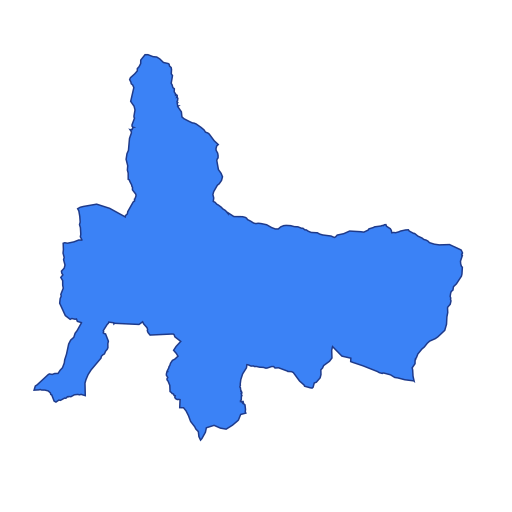 outline of Chirpar, Sibiu, Romania, rotated 276°
{"feature_id": "2599482B69447881154639", "entity_name": "Chirpar", "entity_type": "district", "adm_level": 2, "iso_a3": "ROU", "parent_name": "Romania", "parent_adm1": "Sibiu", "projection": "orthographic", "projection_center": [24.592, 45.895], "detail": "fine", "context": "isolated", "style": "filled", "palette": "blue", "viewbox_px": 512, "rotation_deg": 276, "n_neighbors": 0, "source": "geoboundaries", "source_scale": "gbopen_adm2", "svg_char_len": 6045}
<svg xmlns="http://www.w3.org/2000/svg" viewBox="0 0 512 512"><g transform="rotate(276 256 256)"><path d="M283.4,459.4L287.6,447.2L286.2,437.1L286.4,432.1L287.4,427.1L288.8,425.4L289.6,423.5L290.0,421.1L291.2,419.3L292.7,414.9L294.7,411.9L295.1,410.8L294.9,410.5L296.8,405.8L298.0,404.8L297.5,401.9L295.9,397.1L295.0,395.6L293.7,392.3L293.8,390.6L293.3,388.6L295.6,387.9L297.2,386.7L299.2,382.7L300.8,381.9L300.5,380.3L299.5,379.4L299.6,378.4L298.9,377.2L297.4,370.9L296.5,369.6L294.8,365.5L293.5,364.8L291.0,360.7L291.1,357.6L290.6,346.5L287.4,341.0L285.3,334.6L283.4,333.2L282.6,332.0L283.7,328.5L283.9,320.1L284.5,316.9L285.5,314.6L285.2,308.4L286.1,305.4L287.2,303.3L287.1,301.9L288.5,299.7L288.3,298.6L289.4,294.6L289.2,291.1L289.8,287.3L289.6,282.9L289.1,280.4L287.6,277.6L285.2,275.3L284.9,272.4L285.9,268.6L288.2,263.3L288.8,257.6L288.8,254.8L288.2,252.4L288.5,250.2L290.1,247.0L291.3,243.8L292.7,242.6L293.3,241.2L293.7,238.4L292.9,229.9L296.2,223.4L295.4,223.6L298.0,220.9L299.5,217.9L300.8,216.5L302.7,213.3L303.4,211.6L305.1,209.7L305.8,207.8L309.3,207.9L312.6,206.7L315.6,207.2L322.4,210.2L323.9,211.8L327.5,213.8L331.3,214.4L334.6,212.6L338.0,209.6L346.9,207.0L348.5,207.3L349.6,208.0L351.9,207.8L354.3,207.1L356.9,205.3L358.5,205.0L361.3,205.4L362.9,206.8L366.3,202.3L372.5,196.6L373.3,195.2L373.9,192.8L376.0,191.1L378.1,188.0L381.1,182.6L381.7,180.4L381.7,178.8L382.9,175.4L385.0,170.0L386.6,167.8L391.6,166.7L396.5,162.5L397.1,163.1L397.0,162.6L397.8,162.2L399.6,161.7L400.1,162.0L400.1,161.7L401.6,161.3L402.0,161.7L404.7,161.8L405.2,161.2L406.2,161.0L405.9,160.6L407.3,160.9L407.9,160.3L407.7,159.6L408.3,159.3L408.0,159.1L409.0,158.9L410.7,157.5L413.8,157.3L414.8,155.7L417.4,154.7L418.9,153.6L426.7,154.1L428.3,152.7L432.6,152.5L434.6,151.9L435.8,150.2L437.7,149.5L438.2,148.6L438.8,143.7L442.0,139.6L443.5,136.5L443.5,132.7L444.9,127.5L444.6,124.6L438.8,120.9L435.3,121.2L432.0,119.9L430.0,118.4L427.7,118.6L424.4,116.3L420.2,112.5L418.2,111.9L415.7,113.5L414.3,113.9L413.2,115.5L410.7,116.9L396.7,115.2L392.2,119.1L388.6,120.4L382.4,120.0L381.2,120.2L380.5,120.8L373.6,119.0L372.2,119.1L371.2,120.1L371.1,120.8L370.8,120.1L368.8,119.6L368.8,118.7L368.2,118.5L368.4,117.6L366.7,119.0L365.3,119.2L359.8,117.9L347.7,118.1L344.3,117.0L338.6,116.7L332.3,119.0L328.0,119.1L325.2,120.2L318.9,120.9L318.5,122.0L316.7,122.9L313.7,124.9L312.5,125.2L311.4,126.0L308.9,126.2L304.9,130.0L303.3,130.4L300.0,129.6L299.8,129.2L298.0,129.5L297.0,128.3L295.7,127.7L286.7,123.8L284.5,123.7L282.6,122.0L281.2,121.9L288.1,105.5L290.9,92.1L287.2,79.1L286.1,76.1L284.4,73.7L282.3,75.1L277.0,76.6L271.4,77.6L268.7,77.2L265.9,78.4L259.2,79.5L256.8,79.3L253.8,81.2L253.5,80.7L253.4,78.1L251.0,73.4L249.0,67.2L249.2,64.4L248.5,62.9L242.1,63.8L238.7,63.8L234.5,65.4L232.3,65.0L227.0,67.0L223.8,66.5L220.6,64.1L218.7,64.6L217.0,65.9L214.3,64.1L211.3,66.3L206.7,66.8L203.9,67.7L197.4,65.9L195.8,66.5L193.2,65.7L188.5,65.7L176.8,72.6L173.6,77.8L174.6,79.4L174.2,82.7L174.6,84.0L172.3,85.2L171.5,89.4L171.3,89.4L163.1,85.9L160.3,84.2L156.1,83.3L153.0,80.5L148.9,78.9L138.5,77.8L132.8,76.6L129.5,76.5L124.6,75.2L122.0,73.2L118.5,71.4L118.1,68.1L116.9,65.7L117.1,62.8L116.3,61.7L105.0,51.8L103.6,50.1L99.4,49.3L100.2,54.2L100.7,55.3L100.3,56.6L100.6,60.0L100.1,63.4L98.4,65.8L96.8,66.4L96.6,67.3L90.6,70.4L89.8,72.3L92.1,75.0L92.0,76.6L94.7,80.5L94.6,81.4L95.0,82.2L96.4,83.2L96.2,83.9L96.7,84.5L96.7,86.6L99.0,89.9L99.7,93.2L99.5,95.0L100.1,96.5L99.3,100.8L111.7,99.2L115.2,99.8L120.5,101.4L125.5,103.9L138.2,112.5L140.1,112.7L141.8,114.1L142.8,115.5L145.5,116.3L147.7,117.8L149.4,118.3L153.3,117.8L155.8,118.1L162.8,114.5L162.9,113.3L163.6,112.1L164.8,112.4L165.8,111.9L172.3,115.1L173.8,116.3L174.9,116.5L174.7,121.5L173.6,121.8L174.3,122.4L175.7,146.8L178.7,150.1L176.7,151.4L173.3,155.1L171.6,155.9L170.4,155.7L168.6,156.6L166.3,158.9L169.6,180.3L169.7,181.9L169.3,182.7L167.1,183.8L163.2,190.1L157.7,186.0L153.6,183.9L150.7,187.0L148.2,188.9L144.8,185.9L143.5,183.8L140.4,182.2L138.0,181.7L137.0,181.1L135.5,180.9L132.3,179.7L131.8,180.2L131.5,179.5L129.3,179.2L128.1,179.3L125.9,181.0L124.5,180.3L123.5,180.5L122.4,181.6L118.3,183.8L112.2,184.7L111.4,186.1L110.4,187.0L110.1,188.4L108.7,189.1L108.5,190.3L107.1,190.0L105.8,190.8L105.0,192.8L105.3,194.1L105.2,195.5L97.2,196.0L97.5,199.8L94.7,202.6L90.2,205.5L84.6,208.3L79.8,212.9L77.7,214.2L75.3,217.0L70.4,218.1L67.1,220.1L68.8,221.3L75.4,224.1L80.0,224.6L83.2,232.0L81.1,238.6L80.7,244.4L85.3,250.3L90.2,255.0L91.1,255.7L96.8,257.3L98.7,262.3L100.0,261.6L102.3,261.6L106.8,260.6L107.0,259.9L109.1,258.5L110.6,258.3L109.3,257.9L108.7,258.5L107.6,258.8L109.8,256.7L109.6,255.8L110.5,255.7L111.5,256.4L115.3,256.1L115.6,256.6L117.6,255.6L117.9,255.7L117.8,256.1L118.4,256.3L120.0,255.6L119.9,255.1L123.6,254.2L123.9,253.7L124.6,253.6L125.9,254.0L126.8,253.7L131.5,253.8L137.3,255.0L143.8,258.2L147.0,258.3L147.0,259.5L146.0,262.6L146.4,265.1L145.9,265.9L146.2,268.1L145.8,271.0L146.0,275.1L145.5,277.3L145.7,278.7L147.7,283.1L147.9,285.1L146.6,286.6L147.2,290.1L144.8,299.4L144.5,299.7L144.7,303.5L144.0,305.3L136.2,312.4L132.7,317.3L131.6,317.9L130.6,323.6L130.5,325.6L131.5,326.5L135.8,327.2L136.8,329.2L141.5,332.5L144.8,333.0L149.6,332.4L151.6,333.9L154.1,334.7L159.0,340.1L162.5,342.2L170.3,341.1L173.9,341.6L165.4,351.9L164.3,361.0L160.9,361.2L160.4,363.0L158.0,373.8L153.8,388.8L152.9,390.8L152.4,393.9L152.9,394.4L152.9,395.7L151.9,402.2L149.7,406.7L149.6,409.7L148.5,416.8L148.3,426.0L148.1,426.3L153.0,424.7L159.1,423.7L161.1,423.0L165.5,425.4L169.1,425.1L169.7,425.6L170.4,425.3L171.5,426.1L175.5,427.2L180.8,430.7L183.1,432.9L187.2,435.5L189.5,437.6L192.6,443.0L194.6,445.3L201.8,451.5L208.1,452.6L215.4,452.2L219.8,452.6L224.4,451.9L225.3,452.1L228.3,454.2L231.7,454.6L233.5,453.9L234.5,454.1L236.1,453.3L239.6,453.5L241.1,453.9L242.7,455.4L246.1,455.6L249.2,458.2L257.4,462.4L259.6,462.7L266.4,462.4L267.2,461.4L269.5,460.4L272.2,459.9L277.8,461.1L277.8,460.7L278.7,460.8L279.3,460.3L280.1,461.0L280.8,461.0L283.4,459.4Z" fill="#3b82f6" stroke="#1e3a8a" stroke-width="1.5"/></g></svg>